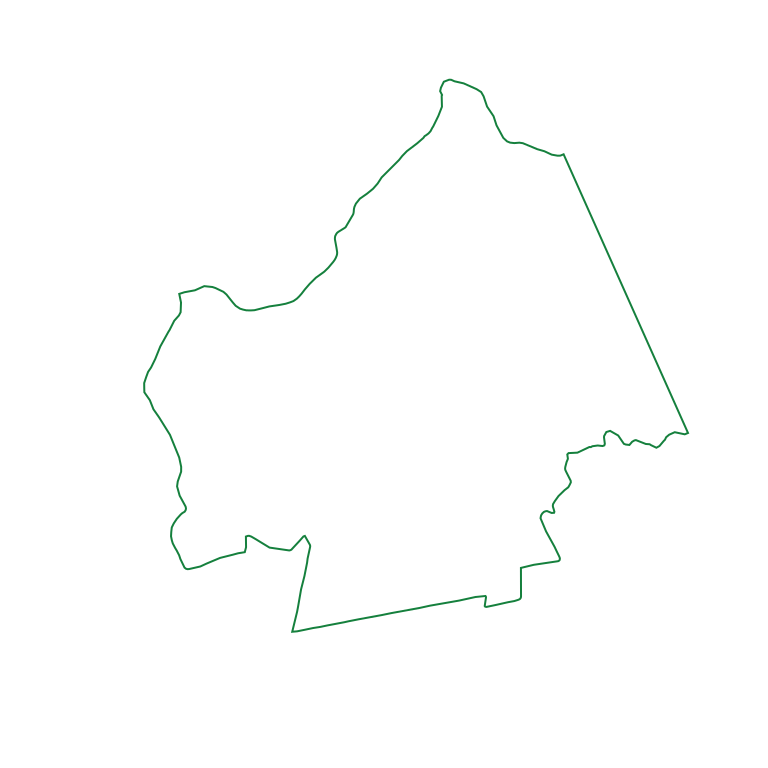 outline of Barillas, Huehuetenango, Guatemala, rotated 66°
{"feature_id": "79465075B26055354107156", "entity_name": "Barillas", "entity_type": "district", "adm_level": 2, "iso_a3": "GTM", "parent_name": "Guatemala", "parent_adm1": "Huehuetenango", "projection": "natural_earth1", "projection_center": [-91.212, 15.915], "detail": "fine", "context": "isolated", "style": "outline", "palette": "green", "viewbox_px": 768, "rotation_deg": 66, "n_neighbors": 0, "source": "geoboundaries", "source_scale": "gbopen_adm2", "svg_char_len": 3681}
<svg xmlns="http://www.w3.org/2000/svg" viewBox="0 0 768 768"><g transform="rotate(66 384 384)"><path d="M573.0,568.6L574.6,564.0L576.2,556.8L578.1,548.0L580.0,541.0L581.5,534.0L585.5,517.1L586.3,513.1L587.1,509.6L588.6,503.0L594.1,480.4L596.3,470.4L603.1,442.4L605.2,432.2L612.4,403.5L615.8,387.0L618.9,377.6L619.5,377.4L620.4,377.6L627.8,382.3L628.6,382.1L629.3,381.1L629.7,379.3L630.8,374.2L631.3,371.9L633.8,359.4L635.3,353.2L635.7,349.8L635.8,348.7L635.7,347.3L635.1,346.2L634.3,345.5L633.5,345.1L607.7,333.7L610.1,320.7L616.5,297.7L616.7,296.9L616.6,295.9L616.3,295.2L615.2,294.4L614.0,294.1L612.4,294.1L606.6,294.3L602.2,294.4L584.6,295.9L570.3,295.6L568.4,294.3L567.6,293.5L566.6,292.0L565.9,290.0L565.9,288.9L566.1,287.6L566.4,286.7L570.0,283.3L570.8,281.0L570.0,280.3L567.4,279.9L564.8,279.6L563.5,279.1L562.4,278.3L560.5,275.6L557.3,270.1L554.4,262.2L553.3,257.7L552.4,256.4L551.7,255.5L550.7,254.3L549.8,253.3L548.3,252.8L538.1,253.3L536.1,253.3L534.8,252.9L533.5,252.1L529.5,248.9L528.2,247.5L527.2,246.5L526.5,246.2L525.3,245.9L522.9,245.2L522.2,243.5L525.4,235.2L525.1,222.0L525.8,220.7L525.6,219.0L527.1,213.8L529.6,209.5L529.7,207.7L528.5,206.6L522.2,204.7L521.1,204.1L518.3,200.4L518.8,196.5L526.3,191.0L536.2,189.2L537.6,187.8L539.5,184.6L537.7,180.8L537.4,178.2L537.7,176.7L545.3,169.2L547.1,165.8L548.4,165.0L553.0,161.1L552.7,157.6L549.8,151.6L549.2,150.0L547.4,147.9L546.3,144.1L546.3,138.0L552.3,129.7L552.4,126.2L247.2,126.5L247.1,130.0L246.0,132.6L242.7,137.5L236.6,142.8L231.8,148.5L220.5,159.2L218.6,162.2L216.9,167.0L214.8,170.6L212.4,172.9L207.7,174.9L193.5,176.0L183.9,175.0L172.5,177.0L161.7,176.0L156.8,176.5L152.3,179.5L141.8,188.9L136.1,196.5L133.4,198.9L132.5,200.8L132.2,206.4L136.5,211.5L139.3,213.6L143.6,213.4L144.2,214.1L154.3,218.3L161.2,225.3L168.9,234.5L169.4,235.4L172.0,238.7L173.2,241.4L173.9,244.5L174.1,246.1L175.2,247.9L177.6,255.7L180.6,268.4L183.1,274.6L185.5,279.2L194.3,302.1L198.3,308.3L201.2,314.6L203.2,322.0L204.9,330.7L207.8,336.3L210.1,338.9L211.5,340.0L212.8,340.8L213.8,341.3L215.3,342.2L216.5,343.2L224.5,354.4L225.1,355.2L225.4,356.3L226.4,363.7L226.8,365.3L227.6,366.7L229.1,368.5L230.7,369.5L231.9,370.0L240.2,372.0L244.6,373.2L246.2,374.0L247.5,375.0L249.3,376.9L250.7,378.8L251.9,380.9L253.2,383.6L255.1,387.5L257.1,392.9L259.2,403.0L262.3,411.2L265.4,417.8L268.0,422.6L269.5,425.9L270.6,428.9L271.4,433.0L271.2,436.7L270.7,441.1L269.2,447.6L266.5,457.2L265.4,463.8L263.9,472.3L262.5,476.0L260.7,479.8L258.7,482.5L256.6,484.9L254.4,486.3L252.2,487.7L247.9,489.0L238.2,491.5L234.5,493.2L227.8,498.9L225.6,501.3L221.5,508.4L221.5,518.6L219.0,529.0L218.4,534.4L227.0,536.3L235.7,540.6L238.0,543.5L240.9,549.9L247.6,558.1L248.4,559.4L258.7,573.1L268.1,582.8L274.2,590.1L277.0,594.6L280.9,598.4L285.6,602.7L290.0,604.6L294.1,606.3L303.5,604.5L313.4,604.9L321.6,603.3L323.3,603.0L343.4,600.2L355.3,600.6L367.9,601.0L377.2,603.0L381.6,605.0L389.2,612.1L393.4,614.7L402.9,616.1L415.3,615.1L417.1,615.5L417.9,616.0L418.7,616.7L419.6,618.1L419.9,620.7L420.5,622.7L422.9,628.1L425.8,632.7L428.7,636.2L432.6,638.5L436.5,640.5L440.5,641.4L443.7,641.8L448.7,641.5L452.0,641.1L454.0,641.0L457.1,640.8L461.1,641.2L470.6,640.9L472.3,640.0L473.3,638.7L473.8,637.2L476.0,626.0L475.9,619.2L476.0,613.8L476.2,604.5L478.5,591.3L479.3,586.1L480.1,583.1L481.0,579.6L478.9,577.9L477.0,576.4L467.2,572.2L467.4,570.1L467.8,569.0L469.4,567.3L473.7,564.2L478.8,560.7L486.9,555.1L497.5,538.3L497.7,537.4L497.7,536.0L497.2,534.9L492.8,524.6L490.5,519.6L490.6,518.1L500.7,517.1L502.0,517.3L503.0,517.9L512.4,524.8L515.9,526.9L527.1,534.8L537.9,543.3L552.2,552.9L556.7,556.0L573.0,568.6Z" fill="none" stroke="#15803d" stroke-width="2"/></g></svg>